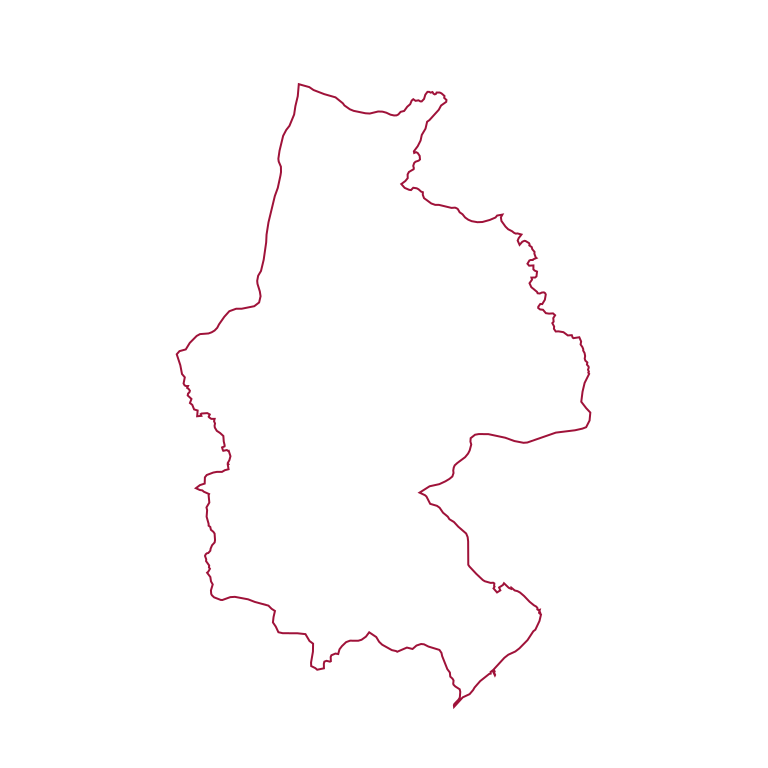 outline of San Pedro, Antioquia, Colombia, rotated 284°
{"feature_id": "7082276B41914425714462", "entity_name": "San Pedro", "entity_type": "district", "adm_level": 2, "iso_a3": "COL", "parent_name": "Colombia", "parent_adm1": "Antioquia", "projection": "mercator", "projection_center": [-75.553, 6.456], "detail": "fine", "context": "isolated", "style": "outline", "palette": "rose", "viewbox_px": 768, "rotation_deg": 284, "n_neighbors": 0, "source": "geoboundaries", "source_scale": "gbopen_adm2", "svg_char_len": 6142}
<svg xmlns="http://www.w3.org/2000/svg" viewBox="0 0 768 768"><g transform="rotate(284 384 384)"><path d="M654.3,228.8L642.4,230.7L632.2,230.8L623.7,231.6L611.6,229.8L606.9,227.7L600.4,226.1L585.1,226.2L577.0,227.0L574.4,228.0L569.9,231.4L564.7,232.8L561.2,233.1L548.6,233.5L539.9,232.6L512.9,232.8L500.5,233.9L493.0,235.4L475.5,237.2L463.9,237.3L458.6,235.7L453.4,236.0L450.6,237.0L443.8,241.1L439.3,243.0L432.9,243.1L428.1,239.3L422.6,227.7L421.3,222.4L417.2,216.3L410.6,212.8L402.0,209.5L398.2,208.6L394.9,206.7L392.5,204.3L390.6,201.5L387.9,193.4L385.3,190.6L376.9,185.6L369.6,183.3L366.4,177.6L362.7,175.7L353.0,181.8L344.8,185.6L342.3,189.1L336.0,189.4L334.4,190.9L334.1,192.4L334.6,194.3L332.6,193.9L331.9,195.7L330.5,197.3L328.9,197.2L327.3,196.2L325.4,196.3L322.9,200.8L318.6,200.3L317.4,203.0L313.4,205.9L313.2,209.6L307.5,210.5L308.9,214.5L310.4,213.4L311.2,214.1L313.0,219.6L312.3,222.3L309.8,221.8L309.3,222.5L308.4,224.8L309.2,228.1L306.8,228.1L304.8,229.6L302.5,229.7L300.8,230.4L298.1,233.1L296.8,236.8L294.7,240.7L289.5,242.4L286.0,244.2L284.9,244.4L283.3,242.2L281.1,243.5L280.3,244.2L281.9,247.5L281.3,249.0L281.6,249.5L276.8,252.5L272.7,252.4L269.4,251.5L268.5,252.5L268.0,251.9L263.7,253.8L261.9,250.5L259.5,248.0L258.4,243.3L256.8,239.8L252.8,234.0L250.1,232.8L244.0,234.1L241.4,229.9L237.4,226.7L236.6,230.9L236.8,233.5L235.9,235.2L234.9,240.9L233.7,240.7L226.7,243.2L221.3,241.6L218.8,242.9L212.3,244.0L205.8,247.7L204.1,248.1L203.3,250.0L200.7,251.3L199.3,254.2L197.9,255.8L191.7,257.8L189.3,258.0L186.0,256.2L182.3,255.6L180.2,255.8L177.5,254.4L176.9,253.1L175.6,252.2L173.9,251.9L170.9,253.9L169.1,254.2L165.6,258.3L163.7,258.5L162.6,259.8L159.4,258.9L158.1,258.0L154.7,262.2L150.6,263.9L148.1,266.3L141.9,266.0L138.6,267.1L137.4,268.1L135.9,270.7L135.0,277.8L135.3,279.4L140.0,286.4L141.4,290.8L142.2,304.2L141.3,311.4L141.0,325.5L138.7,329.3L137.4,333.1L131.2,333.2L125.8,333.9L122.4,337.7L117.6,341.6L117.7,346.0L121.2,360.4L122.3,368.3L116.6,373.9L114.9,378.0L107.1,379.8L96.1,380.6L92.7,381.6L91.7,386.1L90.6,388.3L93.6,394.5L98.0,393.3L100.2,393.3L101.5,395.2L101.5,398.7L102.2,399.5L106.2,398.3L108.1,398.6L110.7,402.1L110.9,404.9L115.8,405.0L119.5,406.6L124.4,409.7L126.7,413.1L128.7,421.2L130.4,424.1L134.5,427.6L139.5,429.7L136.6,437.7L132.7,441.6L130.6,445.3L127.7,456.0L127.8,460.4L127.4,461.6L133.8,470.0L133.8,475.8L138.1,478.8L140.7,482.9L141.1,485.8L140.0,490.6L139.4,502.1L137.0,504.8L134.0,506.3L122.7,514.4L120.0,517.7L116.1,519.1L114.7,521.7L113.2,523.2L109.8,523.7L109.0,524.3L107.8,526.3L106.1,531.3L103.7,532.5L98.2,533.4L95.8,532.7L90.6,529.7L89.3,529.5L87.7,530.1L99.0,536.2L103.8,542.1L108.6,544.5L111.4,545.3L119.0,549.2L128.1,556.2L128.8,557.6L130.4,557.1L132.3,558.6L128.1,562.1L128.6,562.2L131.0,560.4L131.8,560.9L133.6,559.5L147.4,567.0L151.4,570.1L156.2,576.1L160.2,579.3L170.2,585.2L180.2,588.7L182.2,590.3L191.7,592.2L198.3,592.1L199.0,590.6L199.5,591.1L200.3,590.6L200.2,589.8L202.6,589.8L201.9,588.7L202.4,587.3L203.6,587.2L204.8,585.7L205.6,582.9L207.9,578.0L212.2,571.2L214.6,566.4L215.3,563.6L215.3,560.8L217.2,556.8L216.0,556.9L216.4,554.4L219.7,548.6L217.7,548.0L214.4,544.9L211.9,546.8L209.1,544.1L212.2,539.7L214.1,540.3L214.6,539.7L217.2,539.3L217.6,538.0L216.8,535.6L217.0,529.5L217.7,527.3L222.1,519.5L227.6,511.0L229.0,509.5L251.7,503.7L255.7,502.2L258.8,499.9L263.5,490.6L267.0,485.3L268.6,480.2L270.7,478.0L273.4,472.4L277.4,467.9L278.6,464.9L278.9,457.8L285.1,452.4L286.0,450.7L287.2,444.8L295.8,453.0L300.2,461.9L304.4,467.1L307.8,470.5L310.8,472.7L314.4,473.0L316.9,472.1L319.8,471.9L322.2,472.3L325.3,474.4L332.6,480.4L336.8,482.4L340.2,483.2L346.4,483.3L349.0,481.8L352.4,481.2L356.8,484.6L358.4,488.2L360.6,497.5L361.2,514.6L360.2,524.3L360.7,533.6L361.9,537.2L378.4,562.5L385.3,580.5L388.7,587.3L391.0,590.6L398.3,592.3L406.2,591.1L409.5,586.0L414.5,579.7L424.6,578.5L433.6,578.4L443.5,580.6L444.4,579.5L445.5,579.8L447.2,578.5L449.3,578.7L450.5,578.2L451.9,576.2L454.1,576.1L455.4,573.7L457.2,572.6L459.8,572.4L462.6,571.1L464.6,569.2L466.0,568.9L467.9,567.5L469.9,565.2L472.9,565.0L476.6,562.2L474.3,556.7L474.7,555.8L476.8,554.4L475.6,550.6L477.7,545.6L477.3,540.6L476.5,537.9L478.7,535.5L480.9,535.2L483.8,532.6L485.5,533.5L488.9,532.3L492.1,533.4L493.4,530.9L492.2,527.1L491.9,523.9L494.5,520.3L494.1,517.4L495.1,515.2L496.3,515.0L499.5,516.3L499.8,518.2L504.7,519.7L510.0,519.3L511.1,518.4L511.6,517.0L510.9,515.0L509.5,513.3L509.2,511.1L510.4,510.2L513.6,503.5L517.0,500.8L521.1,502.4L522.9,501.3L523.9,504.9L525.3,505.9L530.1,505.3L530.5,502.7L531.4,501.2L535.2,500.3L533.9,496.2L535.4,494.1L539.0,495.2L539.8,496.3L540.3,498.4L541.1,498.7L543.1,501.4L543.4,500.7L546.8,498.4L548.6,498.1L550.6,495.3L552.6,494.2L553.6,491.5L554.7,491.5L555.8,490.6L557.0,486.7L556.9,485.6L555.5,483.8L551.8,481.9L555.5,479.0L558.1,479.4L562.3,481.2L562.4,477.1L561.8,475.5L562.1,473.7L563.2,471.3L564.2,467.0L566.1,463.8L570.6,458.5L574.0,457.1L577.0,457.9L574.8,453.0L572.5,451.9L568.8,447.0L565.0,440.3L563.6,435.5L563.2,429.7L563.8,426.0L565.2,422.4L567.7,419.1L568.9,415.9L571.6,413.3L572.1,411.9L572.3,410.2L571.2,406.9L571.1,394.1L570.2,390.3L570.6,386.2L574.0,377.9L576.9,375.9L579.5,375.3L579.6,373.6L581.3,370.4L581.8,368.4L581.5,364.9L578.7,363.3L578.5,361.4L579.3,356.6L582.2,352.4L586.1,355.6L589.5,357.2L593.1,356.2L595.8,356.9L599.6,360.8L600.8,360.7L602.7,359.6L605.7,359.8L607.3,360.8L609.1,363.6L610.6,364.6L614.0,363.4L616.3,360.8L616.7,359.0L615.5,357.4L617.0,356.7L622.9,359.2L629.1,360.6L634.8,360.4L641.8,362.5L648.9,362.4L651.0,364.2L663.3,370.8L668.0,372.0L672.8,376.1L674.7,375.9L676.2,373.2L678.1,373.0L679.9,369.5L680.3,367.5L679.5,364.5L678.2,364.3L677.3,363.2L677.6,361.9L679.0,360.4L678.0,358.8L678.4,357.1L678.0,355.5L674.7,354.1L670.3,353.9L667.3,352.2L667.0,350.9L667.6,348.9L666.4,346.1L667.4,343.5L665.7,342.3L661.8,341.7L658.7,339.5L653.8,337.5L652.1,334.3L649.0,332.7L647.7,331.2L647.0,328.8L646.9,325.1L647.8,320.7L647.9,316.7L647.0,312.4L643.0,304.8L642.2,300.5L641.7,288.5L642.3,284.4L644.7,278.2L646.4,276.2L650.4,267.6L650.8,255.9L652.2,244.5L654.0,239.7L654.3,228.8Z" fill="none" stroke="#9f1239" stroke-width="2"/></g></svg>